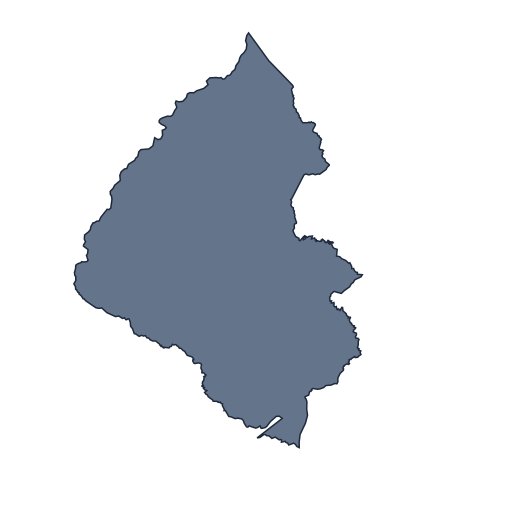 Aripuanã, Mato Grosso, Brazil (Robinson projection), rotated 45°
{"feature_id": "56859067B70029021148533", "entity_name": "Aripuanã", "entity_type": "district", "adm_level": 2, "iso_a3": "BRA", "parent_name": "Brazil", "parent_adm1": "Mato Grosso", "projection": "robinson", "projection_center": [-59.67, -10.104], "detail": "fine", "context": "isolated", "style": "filled", "palette": "slate", "viewbox_px": 512, "rotation_deg": 45, "n_neighbors": 0, "source": "geoboundaries", "source_scale": "gbopen_adm2", "svg_char_len": 6143}
<svg xmlns="http://www.w3.org/2000/svg" viewBox="0 0 512 512"><g transform="rotate(45 256 256)"><path d="M299.7,192.4L298.2,193.7L298.7,195.0L299.6,195.0L299.5,195.6L297.7,195.6L297.3,194.0L296.6,193.7L295.9,194.0L296.3,196.6L295.3,197.6L294.4,196.8L291.0,197.2L290.9,198.6L291.5,198.5L291.8,199.1L291.0,200.5L288.4,201.9L288.2,203.1L287.3,203.1L287.4,202.3L286.8,201.8L285.9,202.4L284.7,201.8L283.2,204.7L281.8,202.0L279.5,204.8L279.2,206.5L276.1,207.2L276.0,208.9L278.4,208.2L278.7,209.0L278.0,211.0L276.9,210.1L276.1,210.2L276.3,214.1L275.3,214.4L273.9,213.1L270.1,214.2L265.8,212.7L263.9,211.6L263.5,209.2L261.3,207.3L260.7,206.0L261.4,204.5L261.0,203.7L255.6,201.0L254.7,199.7L252.3,198.4L251.2,197.1L249.7,196.9L248.3,195.5L246.7,196.0L244.5,195.2L243.0,192.6L240.6,191.5L240.9,190.7L232.6,164.9L233.1,162.9L236.1,161.2L238.0,157.7L240.2,156.8L242.2,153.7L243.2,153.2L244.4,145.3L243.6,142.9L243.7,140.2L243.1,139.6L238.2,140.1L236.4,138.8L233.4,139.3L231.6,138.3L231.1,136.5L229.7,136.1L229.3,133.7L227.6,134.0L226.2,135.5L224.2,134.9L221.4,129.7L220.7,129.5L219.8,127.2L218.1,126.9L217.2,127.3L215.8,126.5L214.6,127.2L212.5,126.1L209.8,127.5L208.2,127.6L207.1,127.1L205.3,121.3L204.6,120.8L202.3,121.0L201.8,121.9L200.2,122.0L199.9,123.7L198.8,123.8L198.4,125.1L194.9,128.7L191.7,128.2L189.8,126.9L188.8,127.6L187.2,126.2L184.0,125.2L182.8,125.6L180.4,123.8L178.0,124.2L177.4,123.5L175.8,123.3L174.7,121.3L172.7,120.1L171.3,117.5L169.5,117.2L169.0,116.9L169.2,116.2L167.6,115.9L164.1,113.7L163.1,112.8L162.9,110.1L161.3,109.4L127.0,108.9L93.0,103.5L93.6,106.6L96.4,111.1L99.9,112.8L102.9,116.7L103.7,120.5L103.6,124.4L104.4,127.2L106.4,130.6L107.2,135.6L109.2,138.8L108.9,142.7L109.7,145.7L109.4,147.2L108.2,148.7L108.6,152.7L108.2,153.5L107.4,154.4L105.1,154.5L104.1,156.1L101.6,158.0L97.4,162.7L97.3,167.4L101.0,168.8L100.6,174.4L97.2,181.1L96.7,184.4L93.7,187.3L92.9,189.9L94.7,193.2L94.9,198.3L92.5,201.5L89.9,202.9L90.8,204.9L95.1,207.0L95.6,210.4L97.3,215.3L96.9,217.6L94.5,219.7L92.1,224.7L91.5,227.0L91.8,228.7L93.1,230.0L96.3,229.7L99.3,228.5L101.8,228.7L102.0,230.5L100.8,233.4L104.7,236.8L105.8,240.4L104.3,243.1L100.7,244.0L105.2,251.0L104.5,256.1L99.4,262.1L99.4,265.1L102.0,269.2L101.8,272.0L102.6,274.1L101.0,281.3L102.8,285.6L101.4,287.5L101.1,291.7L102.7,295.3L106.6,298.5L106.0,306.0L107.1,309.1L107.2,313.4L109.6,315.5L111.3,315.7L114.2,317.9L119.4,324.8L119.2,327.2L117.7,328.2L118.9,338.4L120.3,342.2L118.7,344.1L118.2,346.8L117.3,347.7L118.4,351.8L120.3,354.7L120.5,357.7L119.9,362.3L122.7,365.5L125.4,366.5L126.3,370.3L127.1,371.0L132.7,370.2L135.4,373.7L135.6,375.4L140.3,377.8L140.4,379.5L138.4,382.1L136.8,383.2L136.8,384.8L135.5,387.3L135.1,390.0L137.4,392.6L139.4,396.2L141.8,397.9L143.0,397.9L145.9,400.8L146.9,404.5L149.8,405.2L152.1,407.1L153.0,406.7L155.4,407.6L156.9,407.2L157.6,408.0L160.4,407.7L164.1,408.5L165.0,407.8L167.2,408.1L179.4,405.8L181.8,404.2L183.7,401.8L190.6,401.5L199.5,398.2L201.4,395.5L205.7,394.6L206.7,392.7L208.9,393.1L209.6,392.5L210.0,390.7L210.9,390.4L213.9,391.7L217.1,394.4L220.1,394.7L224.8,397.0L226.4,396.1L230.1,395.5L231.2,393.0L233.1,392.1L234.1,390.5L236.7,391.0L238.1,389.9L240.5,390.1L243.1,389.1L245.1,387.1L250.0,386.5L251.2,387.0L252.3,386.2L252.8,387.1L253.8,386.3L255.2,386.5L255.9,386.1L255.6,385.5L259.5,382.5L259.3,381.0L260.0,379.9L259.4,377.5L260.7,377.1L262.0,375.2L263.7,375.4L264.8,374.9L267.0,375.4L268.5,374.3L271.4,374.4L272.8,373.8L277.6,374.9L282.1,372.6L284.7,372.9L285.3,373.3L284.8,374.2L285.6,375.0L288.0,375.7L288.9,375.2L290.8,372.3L293.0,371.1L294.2,371.4L296.3,374.2L299.1,375.3L300.0,376.7L300.5,376.8L302.0,375.4L304.1,375.9L304.7,375.5L305.2,377.2L304.5,377.5L304.4,378.3L305.0,378.4L307.2,381.2L307.0,382.4L308.4,384.3L310.2,384.8L309.6,386.1L310.1,386.4L312.4,385.4L312.4,386.7L314.2,386.9L316.4,385.9L316.1,388.8L318.3,389.1L319.8,388.6L321.8,389.3L327.3,388.4L328.3,389.0L331.7,386.0L332.4,386.3L334.0,385.2L334.1,384.6L335.7,384.9L336.9,384.2L337.9,385.5L342.5,387.1L342.7,387.9L343.7,387.0L350.2,388.7L352.2,387.3L356.2,385.8L357.7,383.6L361.1,381.3L363.6,381.4L366.0,382.6L370.1,383.5L371.3,382.7L371.2,381.2L371.7,380.8L377.3,378.0L378.2,376.7L379.1,373.3L381.2,374.2L381.9,373.9L383.8,370.9L384.1,368.9L383.3,362.9L383.7,355.2L385.7,352.8L389.4,352.3L385.4,383.9L387.1,381.5L387.8,376.8L388.9,375.7L390.6,375.5L392.5,373.9L396.2,373.8L397.6,370.5L402.4,369.6L403.4,368.2L404.1,368.0L405.6,369.7L407.7,366.4L409.0,366.7L410.7,365.9L412.8,366.5L415.0,361.7L416.9,361.3L419.6,361.8L422.1,360.9L418.3,357.3L413.4,351.1L409.2,339.3L405.1,332.2L400.2,328.5L395.0,323.0L392.4,321.7L390.9,321.6L390.2,320.7L391.6,317.0L390.0,314.4L390.0,313.2L390.5,312.9L390.4,311.3L389.6,311.1L389.8,309.6L393.9,306.5L395.3,304.6L396.9,301.1L397.0,298.2L400.4,294.1L401.8,290.6L403.6,289.1L402.8,287.0L400.2,284.5L398.5,279.6L398.6,275.1L397.8,273.9L396.7,273.8L395.9,272.0L396.2,271.4L395.8,271.1L396.5,268.1L398.2,267.1L398.1,265.9L396.2,265.6L396.2,264.3L395.1,263.3L396.3,262.0L396.0,261.2L396.9,257.3L397.9,257.7L399.6,255.7L399.3,254.9L399.9,251.5L397.9,250.6L397.2,249.0L395.8,249.9L395.1,249.8L394.7,248.8L393.7,249.4L393.6,248.8L392.2,248.8L391.3,246.7L388.6,244.0L387.9,242.2L386.2,242.1L385.0,243.5L383.4,242.9L382.9,240.9L381.6,239.6L378.5,240.9L377.5,239.6L377.5,236.8L377.1,236.2L375.4,237.1L374.8,235.9L374.1,236.5L372.3,236.8L371.1,236.0L369.9,236.5L367.2,235.3L366.4,232.8L365.8,232.7L364.9,234.5L364.4,233.6L362.1,234.0L360.7,233.0L356.4,233.3L353.6,231.2L353.0,231.6L353.9,235.0L353.0,234.8L351.8,236.0L351.6,235.4L350.8,236.4L348.5,234.9L347.8,236.2L345.9,236.1L345.3,234.8L344.0,233.8L343.0,235.7L342.4,236.0L341.2,234.3L340.2,235.5L337.2,233.0L337.2,231.7L336.0,230.1L336.2,225.9L342.8,222.1L342.9,218.3L344.0,211.7L343.1,208.3L343.5,206.1L342.7,202.9L345.0,196.4L344.4,194.1L340.6,197.2L339.3,195.9L338.1,196.8L335.8,196.8L333.9,195.8L332.6,197.2L331.0,195.7L327.1,194.4L326.7,195.6L322.6,195.7L318.5,197.3L315.7,197.3L313.0,199.1L308.7,193.9L305.8,195.4L304.1,195.4L301.4,194.3L300.3,194.7L299.7,192.4ZM299.7,192.4L300.9,192.7L301.2,192.0L300.3,191.9L299.7,192.4Z" fill="#64748b" stroke="#1e293b" stroke-width="1.5"/></g></svg>